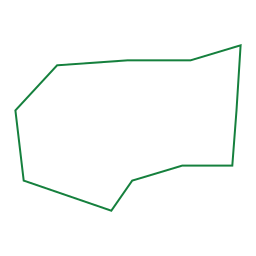 outline of Mtarfa
{"feature_id": "MLT-5922", "entity_name": "Mtarfa", "entity_type": "state/province", "adm_level": 1, "iso_a3": "MLT", "parent_name": "Malta", "parent_adm1": "", "projection": "robinson", "projection_center": [14.404, 35.886], "detail": "fine", "context": "isolated", "style": "outline", "palette": "green", "viewbox_px": 256, "rotation_deg": 0, "n_neighbors": 0, "source": "natural_earth", "source_scale": "10m", "svg_char_len": 264}
<svg xmlns="http://www.w3.org/2000/svg" viewBox="0 0 256 256"><path d="M111.3,210.7L23.7,180.6L15.4,110.4L57.1,65.3L128.0,60.3L190.6,60.3L240.6,45.3L236.5,110.4L232.3,165.6L182.2,165.6L132.2,180.6L111.3,210.7Z" fill="none" stroke="#15803d" stroke-width="2"/></svg>